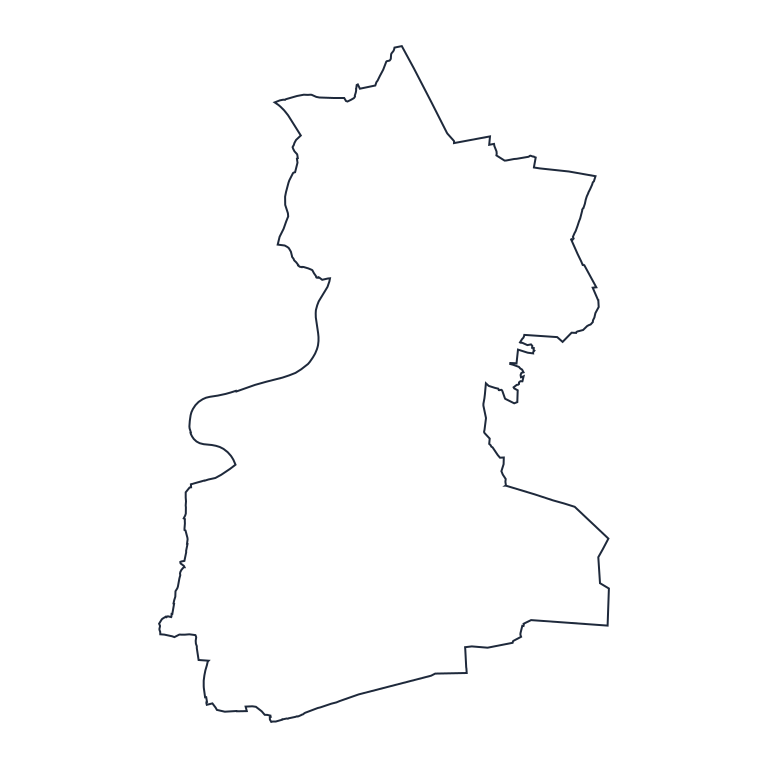 the district of Olst-Wijhe, Overijssel, Netherlands
{"feature_id": "6326949B2249346791276", "entity_name": "Olst-Wijhe", "entity_type": "district", "adm_level": 2, "iso_a3": "NLD", "parent_name": "Netherlands", "parent_adm1": "Overijssel", "projection": "albers", "projection_center": [6.151, 52.376], "detail": "fine", "context": "isolated", "style": "outline", "palette": "slate", "viewbox_px": 768, "rotation_deg": 0, "n_neighbors": 0, "source": "geoboundaries", "source_scale": "gbopen_adm2", "svg_char_len": 6085}
<svg xmlns="http://www.w3.org/2000/svg" viewBox="0 0 768 768"><path d="M607.6,625.6L608.9,588.5L600.0,583.2L598.3,557.2L602.8,549.2L608.4,538.6L574.7,506.8L564.2,503.5L553.1,500.4L534.5,494.3L506.0,485.7L505.5,485.7L505.8,485.5L505.9,485.2L505.4,481.8L505.7,479.0L502.8,474.6L501.4,471.2L503.6,464.2L503.8,457.5L500.0,457.7L497.7,455.0L492.6,447.4L491.3,446.6L490.7,445.3L489.2,443.9L489.7,438.6L484.6,433.1L484.2,432.4L484.1,431.5L484.5,429.9L486.0,418.1L483.4,405.7L483.4,403.8L484.4,398.4L484.9,394.3L485.9,383.3L488.7,385.9L495.0,387.9L498.3,388.7L498.8,390.1L499.2,390.2L501.2,389.8L501.8,390.1L502.4,391.1L504.8,398.0L505.2,398.8L514.2,403.3L517.3,402.1L517.7,390.3L514.2,388.4L513.6,387.3L516.7,384.9L518.1,384.7L519.0,384.0L519.0,382.4L520.4,381.2L522.4,381.3L522.5,381.0L523.6,376.3L521.6,377.2L521.0,377.3L520.6,375.0L521.3,373.1L522.0,372.7L523.5,372.3L522.1,369.6L520.3,368.5L518.9,366.9L512.9,364.7L510.2,364.0L510.3,363.0L515.0,363.2L516.5,363.5L518.0,349.6L527.7,352.7L533.1,353.4L533.0,352.6L533.2,352.1L534.4,350.6L533.5,349.9L533.8,348.1L532.1,347.8L532.3,345.9L531.0,344.4L527.4,345.1L522.3,342.8L520.6,342.7L520.0,342.4L522.0,339.2L523.4,337.7L524.0,336.3L524.3,334.9L557.2,337.1L562.6,341.9L571.6,332.7L576.1,332.9L576.4,332.1L577.3,331.5L583.1,330.0L587.2,326.0L589.1,325.0L590.6,324.5L592.8,322.1L593.0,320.3L594.4,317.5L595.4,313.1L598.7,307.0L598.3,300.2L598.1,300.2L592.7,287.7L596.3,287.3L584.3,265.2L582.8,265.0L582.8,264.5L582.4,264.3L581.3,261.6L577.7,254.2L570.8,238.7L572.4,240.0L572.8,239.3L573.6,238.6L572.9,236.9L574.5,233.2L575.6,231.2L577.5,226.0L579.0,221.4L580.2,218.4L582.2,210.6L582.2,209.7L583.0,208.3L583.4,208.2L584.9,203.7L585.7,199.8L586.8,196.3L588.3,193.1L588.3,192.7L590.0,189.4L592.1,184.7L592.8,182.4L593.9,181.3L595.5,176.2L568.9,171.5L539.8,168.4L533.9,167.5L533.9,167.4L535.7,157.5L534.3,157.0L533.7,156.5L532.7,156.5L530.5,155.7L529.7,155.9L529.2,156.4L528.4,156.8L516.7,158.8L514.1,159.0L506.2,160.5L504.6,160.6L496.4,155.4L496.7,153.7L496.5,151.4L494.4,146.1L494.0,143.9L489.2,144.8L490.0,136.4L454.0,143.1L454.1,141.5L453.9,140.9L447.4,133.6L446.8,132.6L431.7,102.8L414.0,68.6L401.8,46.1L394.5,47.6L394.0,49.8L393.3,51.2L391.4,53.5L391.1,54.6L390.8,58.8L390.1,60.0L389.5,60.6L386.8,61.2L386.3,61.6L383.2,69.7L379.8,76.1L377.6,80.6L376.4,82.2L375.3,85.5L359.9,88.7L357.8,84.4L356.7,85.0L356.3,88.1L356.0,88.8L356.2,90.0L355.8,92.4L354.8,95.7L355.0,96.5L354.2,97.8L353.6,98.3L351.0,99.8L347.5,101.5L346.0,101.0L344.2,98.0L333.9,98.0L319.4,97.5L316.3,96.9L311.6,94.8L310.3,94.7L307.9,94.9L303.8,94.7L297.0,96.0L286.2,99.1L285.3,99.5L285.1,99.8L283.2,99.7L279.8,100.4L274.7,102.4L278.5,105.0L280.6,106.8L284.1,110.3L286.6,113.4L288.1,115.3L300.8,135.5L296.1,139.9L294.5,142.8L293.6,145.5L292.9,146.4L292.6,147.2L293.3,149.1L294.5,151.4L297.0,154.1L297.3,154.9L297.8,158.2L297.2,158.3L296.9,158.6L297.5,162.7L295.1,172.2L293.7,172.6L293.0,173.1L289.3,180.4L288.5,182.7L286.0,192.1L285.1,196.7L285.2,204.9L287.9,213.2L288.2,216.4L286.2,221.4L283.6,228.8L279.6,236.8L277.7,244.6L284.7,245.5L287.4,247.0L288.8,248.1L290.9,251.7L292.0,256.1L292.0,256.5L292.3,257.2L293.5,258.7L294.1,260.2L294.5,260.7L296.2,262.3L298.3,265.1L298.1,265.5L299.7,266.7L301.9,267.2L302.1,266.9L303.6,267.0L308.3,268.4L311.9,269.9L312.4,270.3L314.0,273.3L315.9,276.0L316.3,277.4L316.8,277.7L318.4,277.8L318.6,277.6L318.6,277.3L319.3,277.6L322.2,279.8L327.9,278.5L330.0,278.3L329.4,281.4L327.5,286.9L318.7,301.4L317.2,305.3L315.9,310.1L315.7,313.2L315.8,317.4L318.1,333.0L318.5,337.0L318.5,341.0L318.0,345.3L317.5,347.3L316.9,349.3L315.1,353.6L312.9,357.4L309.8,361.9L308.0,364.0L301.2,369.3L295.5,372.9L289.1,375.4L282.5,377.6L266.4,381.7L255.0,384.9L236.3,391.5L236.0,390.8L230.7,392.5L225.7,393.9L217.8,395.6L209.9,396.8L206.1,397.7L202.7,399.2L198.6,401.9L195.4,405.2L192.9,409.0L191.4,412.3L190.6,415.3L189.8,420.8L189.4,426.4L189.6,428.4L190.9,432.6L190.5,432.8L190.9,434.1L192.1,436.5L193.8,439.0L196.5,441.5L199.7,443.2L203.7,444.2L211.8,445.0L215.9,445.8L219.8,447.0L223.5,448.9L227.7,452.2L230.9,455.8L231.9,457.3L233.4,459.8L235.5,464.7L230.0,468.9L221.2,474.8L215.3,478.0L208.4,479.5L204.6,480.7L204.4,480.5L190.9,484.3L191.1,487.3L189.6,487.5L185.7,492.3L185.7,497.5L186.0,501.4L185.7,505.4L185.9,507.5L185.8,513.6L185.2,515.5L183.7,518.4L184.9,519.1L184.8,520.5L184.9,523.6L184.5,528.5L184.5,530.0L185.5,530.5L187.4,537.7L187.6,539.3L187.0,543.9L187.5,544.0L186.1,550.9L186.2,552.2L184.4,560.9L181.2,561.5L180.3,561.9L180.3,562.1L180.5,563.2L180.8,563.6L183.8,565.8L184.5,567.2L183.8,567.2L182.5,568.6L181.3,570.1L180.3,572.1L180.0,573.7L180.3,575.1L179.4,578.4L177.9,586.6L177.3,588.3L175.5,591.2L175.3,596.7L174.2,600.2L173.5,603.5L174.1,603.7L172.3,614.0L171.6,613.9L171.4,616.7L171.2,617.1L167.9,616.3L166.3,617.2L165.9,616.6L165.6,616.8L162.8,618.5L161.8,619.3L159.1,623.7L160.0,625.8L160.0,626.3L159.4,629.0L159.5,629.9L160.2,631.9L160.3,634.3L164.3,634.6L172.2,636.3L174.4,637.1L179.3,634.6L184.4,634.7L189.4,634.3L195.4,635.1L195.5,635.3L196.0,636.5L196.2,637.3L195.7,640.8L195.9,643.7L196.8,646.2L196.8,648.1L198.6,660.0L208.6,660.7L207.7,661.7L206.9,665.2L205.4,670.3L204.4,675.3L203.7,680.7L203.7,685.9L203.8,687.8L205.1,697.3L206.2,697.2L207.0,702.0L206.4,702.2L206.4,703.2L206.8,704.8L212.4,703.4L215.6,707.6L216.9,709.9L224.8,711.7L236.7,711.0L236.9,711.3L246.8,711.1L245.6,706.6L252.4,706.3L255.9,706.8L261.7,711.3L264.7,714.8L267.3,714.9L270.4,715.6L270.4,716.4L270.7,716.9L269.8,717.3L269.9,719.6L271.0,721.4L271.1,721.8L271.5,721.9L272.7,721.5L275.9,721.5L282.2,719.7L282.4,719.2L283.0,719.3L286.7,718.5L287.9,718.7L288.6,718.3L295.3,716.9L297.0,716.3L297.3,716.5L298.2,716.4L301.4,715.0L301.5,714.8L303.1,714.3L304.0,713.5L305.1,712.8L317.8,708.0L320.3,707.4L331.3,703.7L336.4,702.4L339.8,701.0L358.7,694.4L431.1,675.7L435.2,673.6L466.7,673.0L466.4,668.5L466.2,667.3L465.3,649.8L465.1,647.2L471.8,646.4L487.6,647.7L512.6,642.8L513.0,641.3L513.5,640.8L521.1,636.8L520.5,635.1L520.4,634.4L520.5,633.1L522.3,625.8L523.5,626.0L523.9,624.1L523.7,623.7L531.1,620.1L607.6,625.6Z" fill="none" stroke="#1e293b" stroke-width="2"/></svg>